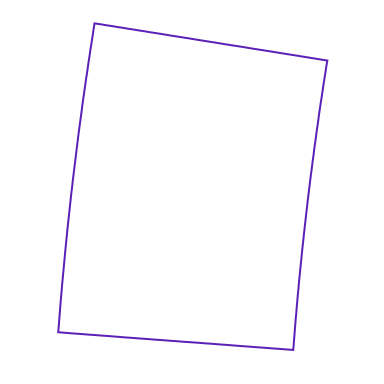 map outline of Wyoming (Albers equal-area conic projection), rotated 97°
{"feature_id": "USA-3527", "entity_name": "Wyoming", "entity_type": "State", "adm_level": 1, "iso_a3": "USA", "parent_name": "United States of America", "parent_adm1": "", "projection": "albers", "projection_center": [-107.983, 43.0], "detail": "fine", "context": "isolated", "style": "outline", "palette": "violet", "viewbox_px": 384, "rotation_deg": 97, "n_neighbors": 0, "source": "natural_earth", "source_scale": "10m", "svg_char_len": 2369}
<svg xmlns="http://www.w3.org/2000/svg" viewBox="0 0 384 384"><g transform="rotate(97 192 192)"><path d="M36.5,309.2L36.6,305.6L36.7,301.9L36.9,298.2L37.0,294.5L37.1,290.9L37.3,287.2L37.4,283.5L37.5,279.8L37.7,276.1L37.8,272.5L37.9,268.8L38.1,265.1L38.2,261.4L38.3,257.7L38.5,254.1L38.6,250.4L38.9,241.2L39.3,232.0L39.6,222.8L39.9,213.6L40.3,204.4L40.6,195.2L40.9,186.0L41.3,176.8L41.6,167.6L41.9,158.5L42.3,149.3L42.6,140.1L42.9,130.9L43.3,121.7L43.6,112.5L43.9,103.3L44.0,101.5L44.1,99.7L44.1,97.9L44.2,96.2L44.3,94.4L44.3,92.6L44.4,90.8L44.5,89.0L44.5,87.2L44.6,85.4L44.7,83.6L44.7,81.9L44.8,80.1L44.9,78.3L44.9,76.5L45.0,74.7L45.0,73.7L47.1,73.8L51.7,74.0L56.2,74.1L60.7,74.3L65.3,74.4L69.8,74.6L74.3,74.7L78.9,74.8L83.4,74.9L87.9,75.1L92.5,75.2L97.0,75.3L101.5,75.4L106.1,75.4L110.6,75.5L115.1,75.6L119.7,75.7L124.2,75.7L128.7,75.8L133.3,75.9L137.8,75.9L142.3,75.9L146.9,76.0L151.4,76.0L155.9,76.0L160.5,76.1L165.0,76.1L169.5,76.1L174.1,76.1L178.6,76.1L183.1,76.1L187.7,76.1L192.2,76.0L196.7,76.0L201.3,76.0L205.8,75.9L210.3,75.9L214.9,75.8L219.4,75.8L223.9,75.7L228.5,75.6L233.0,75.6L237.5,75.5L242.1,75.4L246.6,75.3L251.1,75.2L255.7,75.1L260.2,75.0L264.7,74.9L269.2,74.8L273.8,74.6L278.3,74.5L282.8,74.4L287.4,74.2L291.9,74.1L296.4,73.9L301.0,73.7L305.5,73.6L310.0,73.4L314.6,73.2L319.1,73.0L323.6,72.8L328.1,72.6L332.7,72.4L336.4,72.3L336.8,79.6L337.1,87.0L337.5,94.3L337.8,101.7L338.2,109.0L338.5,116.4L338.9,123.7L339.2,131.1L339.5,138.4L339.9,145.8L340.2,153.2L340.6,160.5L340.9,167.9L341.3,175.2L341.7,182.6L342.0,189.9L342.4,197.3L342.7,204.6L343.1,212.0L343.4,219.4L343.8,226.7L344.1,234.1L344.5,241.4L344.8,248.8L345.1,256.2L345.5,263.5L345.8,270.9L346.2,278.2L346.5,285.6L346.9,292.9L347.2,300.3L347.5,307.7L342.0,307.9L335.0,308.2L328.0,308.5L321.0,308.8L314.1,309.1L307.1,309.3L300.1,309.6L293.1,309.8L286.2,310.0L279.2,310.2L272.2,310.4L265.2,310.6L258.2,310.8L251.2,310.9L244.3,311.1L237.3,311.2L230.3,311.3L223.3,311.4L216.3,311.5L209.4,311.6L202.4,311.6L195.4,311.7L188.4,311.7L181.4,311.7L174.4,311.7L167.5,311.7L160.5,311.7L153.5,311.7L146.5,311.7L139.5,311.6L132.5,311.5L125.6,311.4L120.0,311.4L114.4,311.3L108.8,311.2L103.3,311.1L97.7,311.0L92.1,310.9L86.6,310.7L81.0,310.6L75.4,310.5L69.9,310.3L64.3,310.2L58.7,310.0L53.2,309.8L47.6,309.6L42.0,309.5L36.5,309.3L36.5,309.2L36.5,309.2Z" fill="none" stroke="#5b21b6" stroke-width="2"/></g></svg>